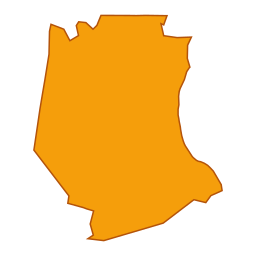 Jefferson, Missouri, United States of America (Mercator projection)
{"feature_id": "52423323B41402843963170", "entity_name": "Jefferson", "entity_type": "district", "adm_level": 2, "iso_a3": "USA", "parent_name": "United States of America", "parent_adm1": "Missouri", "projection": "mercator", "projection_center": [-90.467, 38.253], "detail": "fine", "context": "isolated", "style": "filled", "palette": "amber", "viewbox_px": 256, "rotation_deg": 0, "n_neighbors": 0, "source": "geoboundaries", "source_scale": "gbopen_adm2", "svg_char_len": 961}
<svg xmlns="http://www.w3.org/2000/svg" viewBox="0 0 256 256"><path d="M83.7,207.7L86.5,208.8L93.6,210.9L90.2,224.0L93.3,235.1L87.9,238.7L103.8,240.6L163.2,223.1L193.9,199.7L205.8,202.6L210.9,195.6L222.1,190.6L221.2,184.6L213.3,171.1L210.4,168.0L207.6,165.3L204.2,163.2L200.6,161.7L198.4,161.3L196.4,160.3L193.2,157.6L192.2,156.5L185.2,145.7L184.7,144.6L184.4,144.1L183.2,140.9L181.7,135.6L180.6,129.4L180.3,126.8L179.2,121.5L178.8,118.6L178.1,115.0L178.1,109.3L178.9,104.8L178.6,96.2L179.2,91.6L180.1,88.6L184.4,79.5L186.7,71.7L188.0,69.7L188.9,68.3L189.0,68.1L189.9,67.2L187.3,58.4L187.6,45.2L191.4,37.1L177.1,37.6L163.7,35.7L161.0,23.7L163.7,24.9L167.0,15.7L145.4,15.4L136.4,15.6L128.9,15.5L128.0,15.5L101.0,15.4L96.9,25.4L93.0,29.2L85.9,22.6L78.7,21.8L76.3,25.6L78.5,35.6L69.9,40.7L63.8,29.2L51.0,24.3L49.5,31.3L49.0,54.3L44.8,80.4L42.6,93.2L40.0,108.8L33.9,150.1L68.9,195.9L67.8,203.3L83.7,207.7Z" fill="#f59e0b" stroke="#b45309" stroke-width="1.5"/></svg>